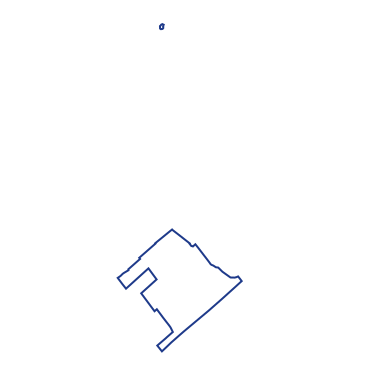 the district of La Plata, Buenos Aires, Argentina, rotated 8°
{"feature_id": "61730980B35724148843083", "entity_name": "La Plata", "entity_type": "district", "adm_level": 2, "iso_a3": "ARG", "parent_name": "Argentina", "parent_adm1": "Buenos Aires", "projection": "equal_earth", "projection_center": [-58.078, -34.705], "detail": "fine", "context": "isolated", "style": "outline", "palette": "blue", "viewbox_px": 384, "rotation_deg": 8, "n_neighbors": 0, "source": "geoboundaries", "source_scale": "gbopen_adm2", "svg_char_len": 1473}
<svg xmlns="http://www.w3.org/2000/svg" viewBox="0 0 384 384"><g transform="rotate(8 192 192)"><path d="M148.2,267.5L139.7,277.4L140.0,278.3L136.0,281.5L134.8,282.6L132.9,285.1L130.4,287.4L136.0,293.0L140.1,296.9L159.5,273.7L169.1,283.5L155.8,299.4L171.5,315.3L173.5,313.0L180.7,320.3L184.8,324.3L188.1,327.5L189.6,329.1L192.5,333.3L186.9,339.8L186.7,340.1L179.0,348.9L184.4,354.0L188.8,348.5L192.4,343.9L200.2,334.8L203.6,330.9L213.8,319.6L225.0,307.2L236.5,293.8L247.3,280.9L253.6,273.3L251.7,271.4L249.4,269.2L247.8,270.2L247.4,270.3L246.3,270.8L242.0,271.3L241.8,271.2L233.2,266.7L228.5,263.2L226.3,263.2L226.1,263.2L223.4,261.9L221.8,261.5L221.7,261.5L220.6,261.0L219.0,259.3L218.8,259.1L218.6,258.9L216.0,256.3L212.4,252.8L206.7,247.2L205.9,246.4L202.6,243.3L200.5,245.8L200.2,245.7L199.9,245.6L199.6,245.5L199.3,245.5L199.2,245.5L198.9,245.6L196.7,243.5L196.9,243.2L191.7,240.2L182.5,234.9L178.3,232.5L177.5,231.9L176.3,233.2L176.0,233.5L163.5,247.0L162.7,247.9L163.0,248.2L148.9,264.5L149.9,265.5L148.2,267.5ZM139.5,30.0L139.4,30.1L139.1,30.2L138.7,30.2L138.4,30.4L138.2,30.6L138.1,30.8L138.0,31.1L137.8,31.5L137.3,32.0L137.2,32.1L137.2,32.4L137.4,33.3L137.6,34.5L137.9,34.8L138.6,35.1L138.9,35.0L139.2,34.8L139.5,34.8L139.9,34.7L140.1,34.6L140.4,34.2L140.6,33.8L140.7,33.7L140.7,33.4L140.6,33.1L140.5,32.5L140.4,32.2L140.5,32.1L140.5,31.8L140.5,30.9L140.7,30.3L140.5,30.2L140.1,30.2L139.7,30.2L139.5,30.0Z" fill="none" stroke="#1e3a8a" stroke-width="2"/></g></svg>